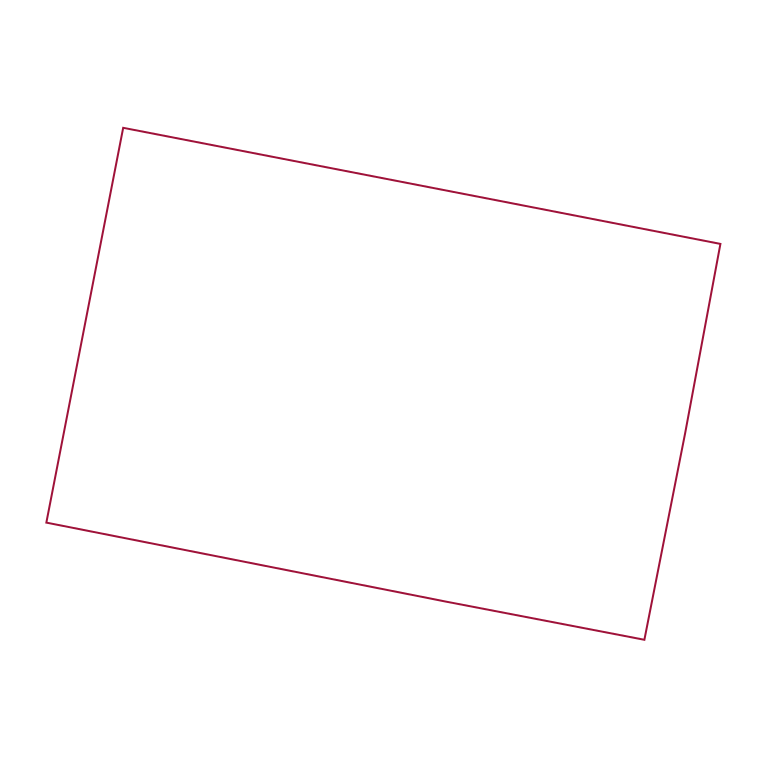 the district of Newaygo, Michigan, United States of America, rotated 281°
{"feature_id": "52423323B33959656168293", "entity_name": "Newaygo", "entity_type": "district", "adm_level": 2, "iso_a3": "USA", "parent_name": "United States of America", "parent_adm1": "Michigan", "projection": "mercator", "projection_center": [-85.798, 43.554], "detail": "fine", "context": "isolated", "style": "outline", "palette": "rose", "viewbox_px": 768, "rotation_deg": 281, "n_neighbors": 0, "source": "geoboundaries", "source_scale": "gbopen_adm2", "svg_char_len": 260}
<svg xmlns="http://www.w3.org/2000/svg" viewBox="0 0 768 768"><g transform="rotate(281 384 384)"><path d="M392.9,689.0L585.7,687.5L585.8,485.2L585.7,79.1L183.5,79.0L182.2,486.0L182.6,688.4L392.9,689.0Z" fill="none" stroke="#9f1239" stroke-width="2"/></g></svg>